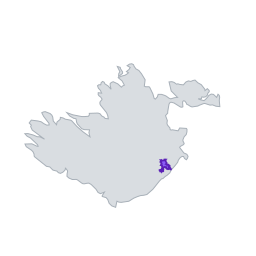 Ashbourne Lea-6, Meath, Ireland shown in context, rotated 53°
{"feature_id": "5873133B77849268115801", "entity_name": "Ashbourne Lea-6", "entity_type": "district", "adm_level": 2, "iso_a3": "IRL", "parent_name": "Ireland", "parent_adm1": "Meath", "projection": "albers", "projection_center": [-6.417, 53.558], "detail": "fine", "context": "in_parent", "style": "filled", "palette": "violet", "viewbox_px": 256, "rotation_deg": 53, "n_neighbors": 0, "source": "geoboundaries", "source_scale": "gbopen_adm2", "svg_char_len": 7174}
<svg xmlns="http://www.w3.org/2000/svg" viewBox="0 0 256 256"><g transform="rotate(53 128 128)"><path d="M159.1,48.7L154.7,51.8L154.0,52.9L152.7,57.6L152.5,59.0L149.7,64.2L148.1,65.2L145.8,66.0L144.5,66.8L142.8,66.4L140.7,66.4L139.7,67.3L139.7,68.1L140.3,68.9L144.1,71.4L143.9,72.4L142.8,73.5L135.7,76.2L133.6,77.8L132.9,78.9L133.6,80.9L139.0,86.6L140.0,87.3L140.7,90.6L145.7,92.1L147.7,94.1L149.4,94.7L153.2,94.5L154.7,95.3L155.6,94.8L156.1,93.7L160.4,89.7L159.1,86.7L163.5,81.6L164.6,81.7L166.6,83.3L168.3,85.5L168.8,88.4L170.3,91.0L171.3,91.9L174.1,92.4L174.7,93.5L174.2,97.3L174.6,98.5L181.6,98.4L184.4,96.8L186.8,97.1L188.0,98.8L188.5,100.5L186.4,101.2L184.2,100.8L183.2,102.0L183.1,104.2L183.9,107.0L185.3,109.0L186.5,113.6L187.5,118.6L189.0,121.6L189.3,125.4L189.1,127.3L189.4,130.6L188.8,131.8L189.3,134.9L191.9,145.0L192.5,152.9L191.2,155.9L189.5,158.7L188.4,162.0L187.5,165.6L187.0,171.4L183.3,178.2L181.7,179.9L179.8,180.9L183.9,185.6L180.5,187.8L176.9,188.4L172.9,187.2L170.4,187.4L167.2,189.8L166.5,189.3L165.0,185.4L163.9,189.5L161.5,190.7L157.6,190.4L150.9,191.4L148.4,192.5L147.3,194.3L146.4,196.3L145.4,197.5L144.2,198.1L139.0,199.6L138.0,200.2L135.6,203.5L132.4,205.3L129.8,205.8L127.5,203.8L126.6,202.6L125.6,202.0L122.0,202.0L123.1,202.6L123.8,204.0L124.1,206.7L123.6,209.2L121.8,210.5L119.7,210.7L116.4,213.3L112.0,213.9L109.5,216.2L94.9,219.9L94.1,219.9L92.2,218.7L90.0,218.2L87.9,218.4L81.7,220.5L78.8,219.9L82.8,214.3L87.9,211.6L88.5,210.8L86.9,210.3L77.3,211.9L73.9,213.5L70.5,213.8L72.2,211.3L76.6,207.9L80.4,205.7L82.1,203.6L86.7,201.4L72.0,205.7L68.3,204.9L67.5,203.5L64.5,203.9L63.5,200.5L68.2,195.7L70.8,193.6L73.9,192.6L76.9,191.1L78.1,189.1L76.7,188.3L68.0,188.4L63.9,187.7L64.2,186.1L65.1,184.3L69.6,181.5L71.9,181.1L73.9,181.5L77.5,183.5L82.4,183.1L80.5,181.1L80.3,177.0L78.8,175.6L80.9,173.8L83.2,172.8L87.2,169.1L88.5,168.6L96.0,167.9L104.1,166.2L112.2,163.7L108.2,162.0L106.3,159.8L103.0,163.9L100.7,165.4L94.3,166.0L92.3,165.5L89.5,164.0L88.6,164.5L87.7,165.5L83.4,167.3L78.9,167.6L84.3,164.1L91.1,158.0L92.6,156.0L94.8,152.6L94.3,151.0L93.0,150.1L98.0,143.0L99.7,141.8L102.7,141.7L104.9,140.6L105.9,140.7L106.8,140.3L108.8,138.2L105.9,136.7L102.8,135.9L93.3,136.2L92.1,136.0L90.9,135.3L90.2,134.3L89.7,131.8L89.1,131.3L86.9,131.2L84.8,131.8L83.3,131.7L81.9,130.5L84.3,128.1L81.4,127.4L78.4,127.7L75.9,126.9L75.9,125.3L77.1,123.8L75.7,122.2L75.5,120.3L77.1,119.5L78.8,119.9L82.4,118.6L86.9,118.2L83.2,116.6L81.7,115.4L81.7,113.6L82.1,112.0L86.6,109.6L91.4,108.7L91.2,107.0L91.6,105.1L86.8,104.4L82.0,105.5L82.7,101.9L84.0,98.8L84.3,96.7L84.2,94.4L82.0,95.3L81.9,92.1L81.0,89.8L77.7,91.2L77.9,88.3L79.0,86.3L80.7,85.5L82.4,86.0L85.5,86.1L88.6,84.7L92.9,84.6L99.8,85.3L104.4,89.8L105.7,89.1L107.7,86.4L108.6,86.2L115.7,87.6L120.1,89.3L121.4,88.8L120.8,85.8L119.3,83.7L121.3,81.0L123.7,79.3L125.3,78.4L128.9,77.3L130.5,76.3L131.7,72.8L133.4,70.0L124.4,71.2L115.9,67.5L117.4,65.1L119.2,63.8L122.3,62.8L122.7,61.6L124.3,60.5L126.9,57.8L126.1,54.2L126.7,51.5L128.6,49.8L129.2,47.4L130.1,45.6L133.9,45.0L137.5,43.4L143.1,43.3L144.5,44.0L144.3,41.0L146.9,40.6L147.9,41.3L148.3,43.4L149.5,44.8L149.8,47.1L149.0,49.0L147.6,50.3L148.8,51.8L146.9,54.4L148.9,53.3L151.9,50.8L151.8,48.7L151.3,46.1L150.6,43.7L151.0,41.1L152.6,39.5L156.9,38.8L155.2,35.8L156.8,35.5L158.5,36.2L160.9,38.5L166.2,41.8L163.6,44.6L160.4,46.6L159.1,48.7ZM81.2,103.0L81.0,104.4L79.0,102.6L78.1,100.6L72.4,99.5L74.9,97.7L76.0,98.3L80.0,98.6L81.1,99.5L81.2,103.0Z" fill="#d9dde1" stroke="#a8b0b8" stroke-width="1"/><path d="M181.0,128.5L181.2,128.4L181.3,128.2L181.5,128.3L181.8,128.2L182.0,128.4L182.1,128.2L182.3,128.1L182.6,128.1L183.0,127.9L182.9,127.8L183.0,127.8L182.9,127.7L183.0,127.5L182.9,127.3L183.0,127.2L182.9,127.2L183.0,127.0L183.1,126.8L183.2,126.6L183.3,126.6L183.4,126.3L183.5,126.2L183.7,125.9L183.4,125.8L183.2,125.3L182.8,125.1L182.6,125.1L182.6,124.7L182.1,124.4L182.0,124.2L181.7,124.2L181.4,124.1L181.5,124.1L181.3,124.0L181.1,123.7L181.0,123.4L180.7,123.3L180.7,123.2L180.7,122.9L180.8,122.6L181.0,122.5L180.9,122.4L181.0,122.2L181.1,121.9L181.4,121.9L181.6,121.9L181.6,121.7L181.8,121.5L182.0,121.5L182.0,121.4L182.0,121.2L181.9,121.2L182.0,121.2L181.9,121.2L182.0,121.0L182.3,121.1L182.5,121.1L182.8,121.3L183.1,121.5L183.3,121.4L183.3,121.5L183.2,121.6L183.1,121.8L183.3,121.8L183.5,121.7L183.4,121.8L183.5,121.8L183.9,121.8L184.1,121.6L184.2,121.3L184.4,121.2L184.5,121.1L184.9,121.1L185.0,120.9L185.3,120.6L185.3,120.4L185.3,120.2L185.2,120.0L185.3,119.9L185.2,119.9L185.3,119.8L185.4,119.7L185.4,119.4L185.6,119.3L185.6,119.2L186.0,118.9L186.3,118.9L186.2,119.0L186.3,119.0L186.5,119.2L186.8,119.1L187.0,118.9L186.8,118.4L186.7,118.5L186.4,118.6L186.1,118.5L186.1,118.4L185.9,118.3L185.7,118.4L185.8,118.6L185.6,118.7L185.3,118.5L185.3,118.4L185.2,118.4L185.2,118.2L184.9,118.2L184.8,118.3L184.7,118.5L184.8,118.6L184.7,118.6L184.8,118.7L184.7,118.8L184.8,118.9L184.8,119.0L184.6,119.2L184.4,119.3L184.3,119.2L184.0,119.2L183.9,119.1L183.7,119.1L183.4,119.0L183.5,118.9L183.6,118.6L183.6,118.4L183.4,118.4L183.5,118.4L183.5,118.2L183.6,117.9L183.4,117.9L183.1,117.9L183.0,117.4L182.5,117.6L182.2,117.6L181.5,117.7L181.4,117.9L181.7,117.8L181.8,118.0L181.7,118.2L181.7,118.3L181.8,118.4L181.7,118.5L181.4,118.6L181.2,118.6L180.9,118.6L180.7,118.4L180.5,118.6L180.4,118.6L180.5,118.8L180.3,118.8L180.4,119.0L180.5,119.2L180.3,119.3L180.2,119.2L179.9,119.1L180.1,119.4L179.9,119.4L179.7,119.5L179.7,119.4L179.6,119.5L179.5,119.0L179.3,118.9L179.3,118.6L179.3,118.4L179.1,118.0L178.8,118.0L178.1,118.1L177.8,118.1L177.7,118.0L177.4,118.2L177.1,118.1L177.0,117.9L176.7,117.5L176.7,117.4L176.3,117.0L176.1,116.9L176.0,116.7L175.9,116.6L176.0,116.7L175.8,116.8L175.8,116.7L175.7,116.8L175.9,117.4L175.7,117.4L175.6,117.5L175.6,117.4L175.6,117.5L175.5,117.4L175.4,117.4L175.3,117.5L175.1,117.7L175.3,117.8L175.2,117.9L175.4,118.1L175.6,118.2L175.7,118.3L175.6,118.5L175.5,118.4L175.4,118.7L175.3,118.8L175.2,118.8L175.1,119.0L175.2,119.4L175.2,119.6L174.9,119.7L174.7,119.8L174.7,120.1L174.4,120.3L173.6,120.8L173.4,120.8L173.4,121.2L173.3,121.3L173.6,121.3L173.8,121.6L173.8,121.4L173.9,121.5L174.0,121.5L173.9,121.6L174.2,121.8L174.2,121.7L174.3,121.5L174.4,121.4L174.4,121.5L174.5,121.6L175.0,121.8L175.0,122.2L174.9,122.3L175.0,122.5L175.4,122.4L175.5,122.4L175.6,122.2L176.5,122.4L176.4,122.5L176.5,122.8L176.5,123.0L176.8,123.2L176.8,123.4L176.8,123.5L177.0,123.7L177.1,123.8L177.3,124.0L177.5,124.1L177.4,124.0L177.5,123.9L177.7,124.0L177.8,123.9L177.8,124.0L178.0,123.8L178.7,123.9L178.8,124.0L179.0,124.0L179.0,123.9L179.1,123.7L179.2,123.8L179.3,123.8L179.4,124.0L179.5,124.1L179.9,124.3L180.1,124.4L180.2,124.5L180.4,124.6L180.4,124.8L180.4,125.1L180.6,125.1L181.0,125.2L181.3,125.0L181.2,125.1L181.1,125.3L181.2,125.6L181.3,125.7L181.4,125.8L181.8,125.9L181.8,126.0L181.7,125.9L181.7,126.1L181.4,126.2L181.5,126.3L181.4,126.3L181.4,126.5L181.5,126.5L181.5,126.8L181.9,127.1L181.7,127.2L181.6,127.3L181.4,127.2L181.4,127.3L181.3,127.5L181.1,127.4L181.1,127.2L180.9,127.3L180.8,127.2L180.7,127.5L180.9,127.6L180.7,127.7L180.5,128.0L180.8,128.1L180.9,128.3L181.0,128.5L181.0,128.5Z" fill="#8b5cf6" stroke="#5b21b6" stroke-width="1.5"/></g></svg>